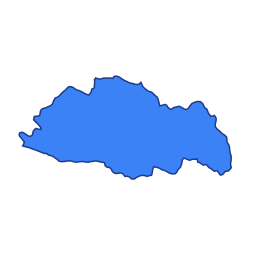 Brazópolis, Minas Gerais, Brazil (Albers equal-area conic projection), rotated 277°
{"feature_id": "56859067B60324732973006", "entity_name": "Brazópolis", "entity_type": "district", "adm_level": 2, "iso_a3": "BRA", "parent_name": "Brazil", "parent_adm1": "Minas Gerais", "projection": "albers", "projection_center": [-45.631, -22.49], "detail": "fine", "context": "isolated", "style": "filled", "palette": "blue", "viewbox_px": 256, "rotation_deg": 277, "n_neighbors": 0, "source": "geoboundaries", "source_scale": "gbopen_adm2", "svg_char_len": 2691}
<svg xmlns="http://www.w3.org/2000/svg" viewBox="0 0 256 256"><g transform="rotate(277 128 128)"><path d="M174.0,121.2L174.9,118.3L176.3,115.4L177.6,112.9L178.1,110.4L177.5,107.9L175.4,106.9L175.4,104.1L175.0,101.1L174.6,97.7L173.2,94.8L173.2,92.1L173.7,89.8L171.8,88.8L169.2,89.4L166.6,89.4L163.8,89.7L162.1,87.3L159.0,87.0L156.0,85.2L156.3,82.9L156.9,81.0L157.7,79.2L158.7,76.7L159.3,74.2L159.6,72.0L161.0,69.8L162.0,67.1L161.9,64.5L160.5,62.9L158.4,61.7L156.7,59.8L154.8,58.2L153.1,56.9L151.2,55.6L149.9,54.1L148.9,52.1L146.3,51.0L142.5,50.0L140.5,48.3L139.5,46.2L137.9,43.8L137.0,41.2L135.9,39.7L133.6,39.0L131.2,39.0L129.3,38.7L128.7,36.4L128.0,33.6L124.7,33.3L122.9,35.4L121.4,37.5L120.0,39.1L118.1,41.1L115.9,41.8L115.9,39.0L116.4,36.7L114.9,35.2L112.8,34.2L110.7,34.2L108.5,33.4L107.8,31.6L108.1,29.5L109.5,27.2L110.9,23.7L110.2,21.3L108.5,20.7L106.7,21.3L105.5,22.9L103.8,24.4L101.6,26.8L99.3,26.4L97.4,25.6L96.9,28.6L96.6,31.4L96.0,34.0L95.4,36.4L95.0,38.8L94.4,40.8L93.8,43.2L93.1,46.0L92.5,48.1L92.8,50.3L91.5,52.2L91.2,55.1L90.1,58.2L89.0,60.0L88.0,61.9L86.6,63.6L86.5,66.1L87.0,69.0L87.7,70.8L88.0,73.1L88.4,75.1L87.9,77.8L87.8,80.8L88.4,83.2L89.2,86.5L89.1,89.2L89.1,91.4L89.4,93.4L90.2,95.2L90.6,97.4L91.3,99.2L91.4,101.5L90.9,104.5L90.9,106.7L90.6,109.1L87.8,109.9L86.6,111.8L86.5,114.4L85.2,116.4L83.2,117.6L82.0,119.0L81.3,121.5L82.0,124.3L82.6,126.7L81.7,128.8L79.6,130.7L80.0,133.3L79.7,135.3L77.9,137.6L78.1,140.3L80.1,142.6L81.2,144.3L82.5,146.9L82.9,149.8L82.3,152.7L83.3,155.1L84.0,157.1L86.4,157.5L89.6,157.5L92.2,158.0L92.7,160.0L92.3,162.4L91.8,164.4L90.8,166.5L90.2,169.9L89.0,172.8L88.1,175.1L87.8,177.8L88.4,180.5L90.1,181.8L92.5,182.6L95.8,184.9L98.8,185.6L103.3,185.9L105.0,187.3L103.4,193.1L104.9,195.8L105.1,198.4L105.6,200.5L102.7,201.3L102.1,203.9L100.3,207.2L101.4,209.9L98.6,213.2L97.6,215.5L95.6,219.0L96.5,221.5L94.0,224.1L92.5,225.3L93.3,227.6L96.9,230.0L97.6,232.9L99.5,234.4L101.2,235.3L104.8,234.1L108.7,234.3L112.7,233.8L115.7,232.4L122.7,230.6L126.4,227.9L128.6,227.6L131.1,226.9L132.8,224.6L134.2,221.6L135.8,219.8L137.4,217.2L139.6,214.7L141.6,214.1L146.1,214.5L148.5,214.3L151.0,212.3L149.6,208.9L152.7,205.9L156.1,204.1L157.6,201.6L159.3,200.5L161.0,199.5L163.0,196.6L162.8,193.8L161.8,191.3L160.1,188.5L157.7,186.9L155.1,185.6L153.3,183.9L153.9,181.1L155.0,178.7L155.8,176.1L154.8,173.4L153.7,170.7L151.7,168.5L152.4,166.5L153.6,164.9L155.3,163.6L155.9,161.8L154.8,159.4L153.9,156.8L157.1,155.6L159.6,154.6L161.9,153.5L163.5,151.2L165.0,149.1L166.5,147.0L167.0,143.7L168.9,140.4L170.7,137.8L172.9,136.5L174.9,135.2L172.9,133.6L172.1,130.9L172.7,127.7L173.0,123.8L174.0,121.2Z" fill="#3b82f6" stroke="#1e3a8a" stroke-width="1.5"/></g></svg>